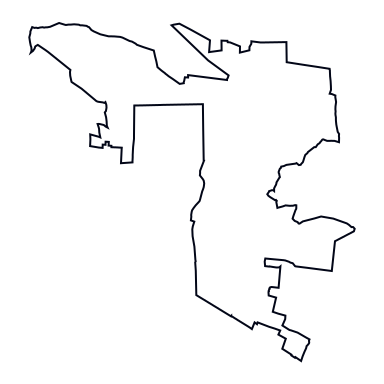 Sacalum, Yucatán, Mexico
{"feature_id": "50627088B66414175482528", "entity_name": "Sacalum", "entity_type": "district", "adm_level": 2, "iso_a3": "MEX", "parent_name": "Mexico", "parent_adm1": "Yucatán", "projection": "robinson", "projection_center": [-89.63, 20.506], "detail": "fine", "context": "isolated", "style": "outline", "palette": "ink", "viewbox_px": 384, "rotation_deg": 0, "n_neighbors": 0, "source": "geoboundaries", "source_scale": "gbopen_adm2", "svg_char_len": 5225}
<svg xmlns="http://www.w3.org/2000/svg" viewBox="0 0 384 384"><path d="M30.9,52.5L33.2,50.7L33.7,49.8L34.6,48.6L35.2,46.6L35.6,46.2L37.8,44.9L45.5,50.1L48.1,52.0L69.0,68.8L70.4,69.9L70.0,72.0L70.2,75.6L70.3,76.2L71.2,80.4L71.4,81.4L71.6,82.0L81.6,88.7L95.1,100.0L95.3,100.1L95.4,100.3L95.8,100.7L96.4,101.0L97.2,101.5L98.4,101.8L102.8,102.4L104.4,102.9L105.4,102.1L106.2,104.4L106.4,105.5L106.5,107.8L105.9,111.1L104.8,112.4L106.1,117.3L106.6,121.3L106.8,125.4L107.0,126.2L107.6,127.6L105.7,126.6L103.8,125.0L99.6,124.0L98.4,123.9L97.6,124.0L98.8,127.7L99.1,129.2L99.3,132.6L100.3,137.4L98.9,136.8L98.5,136.7L98.4,136.7L98.2,136.6L90.2,134.4L90.4,139.3L90.1,146.1L96.2,147.1L99.1,147.6L99.4,147.6L99.5,147.6L102.6,147.9L102.7,144.6L105.5,144.8L105.6,141.7L108.8,141.9L108.6,145.6L111.4,145.8L111.4,147.2L114.0,147.3L116.8,147.4L121.8,147.7L121.8,147.8L121.7,147.9L121.7,148.0L121.0,163.2L132.5,162.4L132.5,160.8L132.6,159.3L132.7,157.2L132.7,155.6L132.7,154.7L132.8,153.1L132.9,150.7L133.1,147.3L133.1,147.1L134.0,138.9L134.0,134.7L134.3,105.5L141.7,105.4L159.9,105.0L162.6,104.9L179.0,104.6L202.9,104.2L203.2,129.6L203.7,160.9L203.9,160.9L200.1,170.8L200.1,171.2L200.1,172.7L200.1,173.3L199.9,175.4L202.8,179.1L203.7,180.6L204.2,183.4L203.9,185.9L203.7,187.2L203.1,189.1L202.2,191.4L200.0,199.8L199.5,201.2L195.7,205.3L193.7,207.9L192.1,210.3L191.7,211.8L191.2,214.9L191.3,216.8L190.9,220.4L194.3,221.6L192.8,226.4L192.3,229.3L192.6,236.2L194.4,246.6L195.4,259.9L195.7,261.3L195.2,262.3L195.8,271.0L195.8,271.6L196.3,294.6L196.3,294.8L196.3,295.1L231.0,316.3L231.1,316.0L231.2,315.9L231.2,316.0L231.7,316.3L232.3,316.6L232.9,317.0L233.5,317.4L234.1,317.8L234.6,318.1L235.2,318.5L235.9,318.9L236.4,319.2L237.0,319.6L237.6,320.0L238.2,320.4L238.8,320.7L239.4,321.1L240.0,321.5L240.7,321.9L241.2,322.2L242.1,322.8L242.3,322.9L248.3,326.6L250.0,327.7L251.9,329.1L254.6,322.4L257.0,324.2L257.6,322.4L269.1,326.8L274.5,328.5L280.2,330.5L278.4,334.6L285.8,338.7L282.3,348.8L289.5,353.4L291.5,354.7L291.3,355.4L295.0,357.8L295.4,357.1L301.1,361.0L302.6,356.4L304.6,351.5L306.1,348.3L306.6,346.1L307.5,345.2L308.1,344.5L308.9,343.5L309.2,342.7L309.1,341.9L309.0,340.6L309.5,339.4L306.4,337.7L297.6,332.6L290.8,330.3L289.5,330.0L289.0,329.7L282.4,325.5L285.2,319.1L285.4,315.6L278.4,313.7L272.8,311.8L276.1,297.6L268.7,295.5L268.5,292.6L268.6,291.3L268.9,291.2L268.8,290.5L269.4,288.9L269.6,288.8L269.4,288.3L270.2,287.3L271.7,287.0L278.6,287.8L280.4,266.4L279.2,267.4L276.5,267.5L273.1,267.0L269.4,266.4L269.2,266.6L265.1,266.1L264.7,261.6L265.3,258.5L273.8,259.3L283.8,260.2L284.2,260.3L285.1,260.4L289.1,261.8L290.4,262.6L292.7,263.2L295.1,266.2L295.8,266.4L307.1,267.8L331.8,271.0L335.0,241.2L353.9,231.3L354.7,228.8L353.2,227.1L352.1,227.0L351.5,227.1L348.9,224.8L346.8,223.4L333.3,218.6L321.1,216.5L314.6,218.4L302.9,221.4L299.6,223.6L298.6,223.5L297.6,222.1L294.7,220.9L292.6,218.7L293.4,216.0L295.5,210.1L296.2,208.9L296.3,207.9L296.3,205.3L295.1,205.1L293.1,205.7L289.6,205.8L285.6,205.4L282.8,206.4L281.0,206.9L278.0,207.7L277.4,207.9L276.3,202.0L276.8,200.9L275.9,199.9L275.3,200.1L275.1,200.2L270.3,197.2L268.4,195.8L267.3,194.2L269.1,191.6L269.1,191.2L271.9,190.2L272.3,190.2L273.3,190.3L274.1,191.0L274.1,188.4L275.3,186.0L276.0,184.8L276.4,183.4L276.5,182.4L279.3,177.8L279.9,177.1L279.5,175.7L279.1,173.5L278.7,172.9L278.7,171.7L279.9,168.6L280.3,168.4L280.8,168.0L281.2,166.6L283.8,166.1L286.4,164.9L295.5,163.6L296.5,163.1L298.9,165.1L300.7,164.8L301.3,163.8L302.6,162.5L303.0,161.9L304.0,158.7L304.4,157.3L305.3,154.9L306.6,153.8L307.4,153.1L307.9,152.1L314.3,147.1L315.8,147.1L317.6,144.5L318.2,144.0L318.9,143.6L319.6,143.1L320.3,142.0L321.0,141.4L321.5,140.7L322.1,139.9L322.5,139.5L323.4,139.4L324.8,140.0L327.2,140.9L329.5,140.9L331.0,140.8L334.6,140.9L339.0,142.2L339.1,137.7L338.9,136.1L339.1,134.0L337.7,131.8L336.6,126.2L336.3,124.5L336.0,121.5L335.9,120.0L335.9,117.3L335.5,115.0L335.4,113.5L335.6,111.4L335.4,109.3L335.5,106.3L336.1,102.0L335.3,97.1L335.4,95.5L332.0,94.1L329.7,93.7L331.0,89.9L330.9,86.1L330.6,81.0L330.1,76.4L329.9,71.2L329.9,70.0L329.4,69.3L329.5,68.8L318.0,67.0L303.4,64.8L286.7,62.2L286.4,42.1L260.7,42.5L252.0,41.4L251.9,41.4L251.4,41.3L251.3,43.8L249.5,46.9L249.4,50.3L239.9,52.6L240.0,46.4L230.1,42.4L227.7,42.2L227.4,40.8L226.2,40.8L221.5,40.6L221.6,50.4L209.1,52.1L210.0,40.3L190.8,29.7L179.4,23.7L173.6,24.7L171.6,25.3L208.1,60.4L228.6,75.4L227.8,77.8L227.0,79.2L227.0,80.0L188.1,75.1L188.1,77.5L184.9,77.3L184.2,80.8L183.7,82.3L183.8,83.2L179.7,83.9L172.8,79.0L168.6,76.2L166.4,74.4L165.5,73.8L164.9,73.1L163.5,72.1L161.4,70.5L157.5,67.2L156.3,61.2L155.1,56.5L153.8,50.5L143.6,47.2L136.9,44.8L135.7,43.7L132.0,41.6L129.6,41.0L122.5,37.6L120.1,36.9L114.1,36.4L108.5,36.3L100.3,34.3L94.0,31.5L93.6,31.3L91.4,30.0L91.3,29.9L90.6,29.0L90.4,28.8L89.5,27.7L89.4,27.6L88.8,27.0L87.7,26.7L86.7,25.9L82.0,25.3L80.2,25.3L78.9,24.7L74.1,24.3L70.8,24.6L68.5,24.6L65.9,25.0L64.7,24.7L59.1,23.0L50.1,26.8L47.4,27.3L45.9,27.3L44.1,27.6L42.6,27.2L42.1,27.3L40.8,27.4L39.2,27.7L38.8,27.9L37.7,28.1L37.1,27.9L36.1,27.7L34.4,27.9L32.2,27.1L30.4,31.4L30.3,33.5L29.3,37.3L29.7,39.9L30.0,42.0L30.7,45.5L31.3,47.2L31.5,49.5L31.5,50.9L30.9,52.5Z" fill="none" stroke="#020617" stroke-width="2"/></svg>